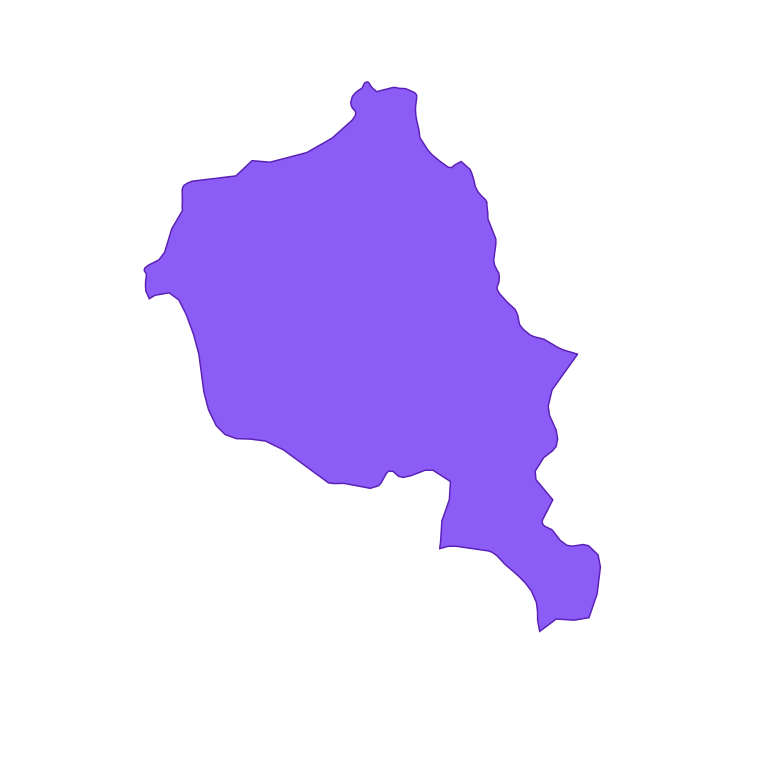 the Canton of Ticino, rotated 340°
{"feature_id": "CHE-168", "entity_name": "Ticino", "entity_type": "Canton", "adm_level": 1, "iso_a3": "CHE", "parent_name": "Switzerland", "parent_adm1": "", "projection": "orthographic", "projection_center": [8.86, 46.227], "detail": "fine", "context": "isolated", "style": "filled", "palette": "violet", "viewbox_px": 768, "rotation_deg": 340, "n_neighbors": 0, "source": "natural_earth", "source_scale": "10m", "svg_char_len": 2409}
<svg xmlns="http://www.w3.org/2000/svg" viewBox="0 0 768 768"><g transform="rotate(340 384 384)"><path d="M360.9,468.5L358.4,467.5L355.4,469.0L347.7,475.8L344.1,477.8L335.4,477.3L312.4,463.7L302.8,460.4L298.0,457.9L267.0,411.5L253.0,397.0L239.4,390.0L226.5,384.8L217.4,377.2L212.1,365.7L210.3,348.3L212.0,329.9L220.2,292.9L222.0,272.4L221.9,250.8L219.9,234.7L213.2,224.8L199.1,222.3L192.6,223.6L192.6,223.4L192.4,220.5L192.0,215.2L193.3,210.6L195.3,205.5L197.9,200.7L198.2,199.2L198.1,197.8L197.5,196.4L197.7,194.7L199.3,193.0L203.7,191.7L214.9,190.4L223.1,185.0L237.6,165.6L253.9,152.1L255.0,148.4L256.9,143.7L260.8,132.4L262.0,130.7L263.7,129.1L267.4,128.1L273.0,127.8L316.0,137.8L336.4,129.0L352.8,136.6L390.6,140.1L419.6,135.1L444.5,125.1L449.2,121.6L450.3,119.2L450.0,116.9L448.9,114.7L448.4,111.5L449.1,107.9L452.7,102.9L456.1,100.9L459.9,99.5L464.6,98.4L468.7,94.5L471.4,94.3L472.8,95.5L473.4,99.3L474.8,102.8L477.2,106.8L493.9,108.4L496.3,109.4L499.7,111.5L505.3,113.8L511.8,120.0L513.0,121.7L513.4,123.9L512.4,126.7L508.8,133.6L507.1,137.8L505.7,143.0L504.9,147.5L503.9,155.9L503.2,159.8L502.4,162.6L502.0,164.8L505.1,178.6L506.4,182.4L507.9,185.6L513.2,194.5L518.5,202.3L522.0,203.9L523.0,203.2L525.2,202.4L532.6,201.3L538.3,211.9L538.5,216.2L538.3,221.9L537.3,229.8L538.1,235.7L540.0,240.7L542.4,245.6L542.8,248.5L541.7,251.6L540.1,258.5L538.1,264.4L538.7,286.0L536.9,290.9L529.4,305.2L528.6,310.0L529.0,314.7L529.8,319.2L529.0,322.7L527.0,327.3L523.0,332.2L522.8,335.1L523.5,338.6L527.5,348.6L532.7,358.8L533.0,361.5L533.2,365.1L531.7,374.2L532.7,378.0L534.3,381.7L538.2,388.1L541.5,391.1L549.7,396.7L560.0,409.3L564.4,413.5L575.7,421.9L575.8,421.9L576.0,422.0L575.7,422.5L539.9,447.0L530.8,460.8L528.8,470.0L530.0,486.1L528.4,494.9L524.5,501.5L519.8,504.3L508.9,507.8L496.2,517.7L494.1,525.8L503.0,550.6L486.7,565.7L485.6,567.5L485.2,569.4L485.6,571.2L486.7,573.0L492.0,578.4L496.2,591.4L500.7,598.1L505.5,600.8L516.4,603.0L521.0,606.0L526.7,617.8L524.8,629.9L512.5,654.1L496.7,673.7L481.7,670.9L465.4,663.7L450.1,668.4L445.7,669.7L447.5,658.7L450.5,650.2L452.5,641.4L451.7,629.0L448.9,619.7L444.7,610.4L436.1,595.0L431.2,583.6L428.0,579.0L424.7,576.4L396.2,561.1L388.6,558.4L380.1,557.8L380.9,555.9L382.8,552.5L391.6,532.4L405.8,515.1L413.1,498.4L400.5,481.7L393.0,479.1L377.8,479.4L369.9,478.3L366.1,475.7L362.5,469.0L360.9,468.5Z" fill="#8b5cf6" stroke="#5b21b6" stroke-width="1.5"/></g></svg>